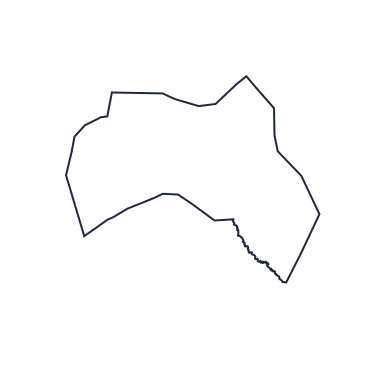 Bayan-Ovoo, Hentiy, Mongolia, rotated 57°
{"feature_id": "93677404B57726852973522", "entity_name": "Bayan-Ovoo", "entity_type": "district", "adm_level": 2, "iso_a3": "MNG", "parent_name": "Mongolia", "parent_adm1": "Hentiy", "projection": "equal_earth", "projection_center": [112.511, 47.731], "detail": "fine", "context": "isolated", "style": "outline", "palette": "slate", "viewbox_px": 384, "rotation_deg": 57, "n_neighbors": 0, "source": "geoboundaries", "source_scale": "gbopen_adm2", "svg_char_len": 4707}
<svg xmlns="http://www.w3.org/2000/svg" viewBox="0 0 384 384"><g transform="rotate(57 192 192)"><path d="M79.6,228.6L77.7,245.5L81.6,260.4L93.2,271.5L109.3,288.5L170.3,306.4L169.8,291.9L169.2,278.0L170.2,272.0L170.8,255.3L176.3,227.3L177.6,217.5L186.5,205.1L201.8,198.6L228.2,188.6L237.4,172.2L237.8,172.4L238.0,172.5L238.1,172.8L238.0,173.0L238.0,173.4L238.3,173.6L238.8,173.6L239.6,173.6L240.3,173.5L240.9,173.4L241.3,173.5L241.5,173.7L241.7,173.9L241.9,174.1L242.0,174.4L242.2,174.5L242.5,174.5L242.7,174.4L243.0,174.2L243.4,174.0L243.8,173.4L244.0,173.1L244.4,172.9L244.7,173.0L245.1,173.0L245.4,173.0L245.7,172.9L246.0,173.0L246.1,173.4L246.1,173.6L246.3,173.8L246.6,173.8L246.8,173.8L247.0,173.6L247.4,173.6L247.6,173.6L247.9,173.8L248.0,174.0L248.1,174.4L248.3,174.7L248.5,174.8L248.9,174.7L249.1,174.5L249.2,174.3L249.4,174.2L249.5,174.1L249.9,174.4L250.3,174.7L250.7,174.9L251.2,175.1L251.5,175.4L251.7,175.6L252.1,175.8L252.5,175.9L252.6,176.0L252.8,176.3L252.9,176.9L253.4,177.2L253.8,177.1L254.0,176.8L254.3,176.5L254.5,176.3L254.9,176.1L255.1,175.9L255.4,175.7L255.8,175.5L256.2,175.5L256.6,175.4L256.9,175.4L257.1,175.2L257.3,175.1L257.6,175.0L258.2,174.9L258.7,175.1L259.0,175.1L259.3,175.1L259.7,175.1L260.1,175.1L260.4,175.2L260.6,175.3L260.7,175.5L260.9,176.0L261.0,176.3L261.4,176.5L261.7,176.5L262.0,176.4L262.2,176.2L262.4,175.9L262.6,175.6L262.8,175.5L263.0,175.5L263.5,175.6L263.7,175.8L263.8,176.3L264.1,176.5L264.4,176.5L264.7,176.5L265.0,176.4L265.4,176.5L265.5,176.6L265.5,176.9L265.8,177.1L266.2,177.1L266.5,177.1L266.8,176.9L266.9,176.7L266.9,176.2L267.0,176.0L267.2,175.9L267.4,175.7L267.5,175.3L267.7,175.0L268.3,174.9L268.9,175.0L269.4,175.3L269.6,175.5L269.9,175.7L270.0,175.8L270.0,176.1L270.2,176.3L270.4,176.4L270.7,176.4L270.9,176.3L271.3,176.1L271.5,176.1L271.9,176.3L272.2,176.5L272.6,176.8L272.9,177.0L273.4,177.2L273.6,177.2L274.0,177.1L274.3,176.9L274.4,176.7L274.3,176.3L274.4,176.0L274.5,175.8L274.6,175.7L274.8,175.5L274.9,175.3L274.9,174.9L275.0,174.7L275.3,174.7L275.5,174.8L275.6,175.1L275.8,175.3L276.0,175.5L276.4,175.6L276.9,175.6L277.1,175.4L277.6,175.1L278.1,174.7L278.5,174.4L278.8,174.3L279.2,174.1L279.5,174.0L280.1,174.0L280.6,174.0L280.8,174.1L280.9,174.3L281.3,174.7L281.7,175.1L281.9,175.1L282.2,175.3L282.5,175.3L282.7,175.2L283.0,175.0L283.3,174.6L283.4,174.3L283.4,173.9L283.5,173.6L283.8,173.4L284.0,173.4L284.2,173.5L284.4,173.7L284.7,174.0L284.9,174.1L285.4,174.3L285.9,174.3L286.2,174.2L286.7,174.0L287.0,173.8L287.2,173.4L287.2,173.0L287.1,172.8L286.9,172.6L286.9,172.4L287.0,172.4L287.3,172.3L287.5,172.4L287.6,172.6L287.9,172.9L288.0,172.9L288.3,172.9L288.6,172.8L288.8,172.7L288.9,172.4L288.9,172.1L288.7,171.8L288.5,171.5L288.5,171.3L288.6,171.1L288.8,171.1L289.0,171.1L289.3,171.2L289.6,171.3L289.8,171.3L290.1,171.3L290.2,171.1L290.3,170.8L290.1,170.6L289.9,170.3L289.6,170.2L289.4,170.1L289.5,169.8L289.8,169.7L290.2,169.6L290.4,169.5L290.6,169.3L290.7,169.1L290.8,168.9L290.7,168.7L290.6,168.4L290.7,168.2L290.8,168.0L291.1,167.9L291.3,167.9L291.5,167.9L291.7,168.1L291.9,168.3L292.1,168.5L292.4,168.5L292.6,168.5L292.8,168.3L293.0,168.1L292.9,167.8L292.8,167.6L292.9,167.3L293.1,167.1L293.4,167.0L293.6,167.0L293.9,167.1L294.1,167.2L294.2,167.3L294.2,167.6L294.2,168.1L294.2,168.4L294.3,168.7L294.4,168.9L294.6,169.0L294.9,169.1L295.2,169.1L295.6,169.1L295.9,169.0L296.3,168.7L296.5,168.7L296.9,168.6L297.2,168.6L297.5,168.5L297.7,168.4L297.9,168.4L298.4,168.4L298.8,168.4L299.1,168.3L299.4,168.1L299.6,167.9L299.6,167.7L299.6,167.4L299.8,167.4L299.8,167.5L299.9,167.8L300.0,168.0L300.3,168.3L300.6,168.3L300.8,168.3L301.0,168.1L301.0,167.9L301.0,167.7L300.9,167.6L300.9,167.4L301.0,167.3L301.0,167.2L301.4,167.1L301.6,167.2L301.7,167.4L301.8,167.6L302.1,167.7L302.4,167.6L302.5,167.5L302.6,167.3L302.6,167.0L302.6,166.7L302.8,166.6L303.0,166.5L303.4,166.3L303.5,166.1L303.5,165.9L303.8,165.8L304.1,165.8L304.3,165.9L304.6,166.2L304.8,166.4L305.1,166.7L305.4,166.8L305.7,166.8L306.0,166.7L306.8,166.0L307.0,166.0L307.3,166.2L307.5,166.5L307.8,166.5L308.0,166.3L308.1,166.2L308.2,165.8L308.3,165.7L308.6,165.6L308.9,165.6L309.3,165.6L309.5,165.5L309.7,165.4L309.9,165.2L310.1,165.0L310.3,165.0L310.5,165.1L310.8,165.1L311.2,165.2L311.5,165.4L311.8,165.7L312.0,165.9L312.2,166.0L312.3,165.9L312.6,165.8L313.0,165.7L313.3,165.6L313.5,165.6L313.7,165.4L313.8,165.4L314.0,165.4L314.5,165.2L314.8,165.0L315.1,164.9L315.7,165.0L316.4,165.0L316.6,165.0L316.8,165.1L319.1,162.2L303.1,134.5L280.0,97.2L238.0,91.5L204.5,97.9L189.5,92.0L166.4,77.6L140.7,81.3L124.5,83.4L125.8,95.7L131.0,124.4L123.5,139.7L104.8,155.7L93.3,163.0L79.1,184.0L64.9,205.0L82.5,221.9L79.6,227.7L79.6,228.6Z" fill="none" stroke="#1e293b" stroke-width="2"/></g></svg>